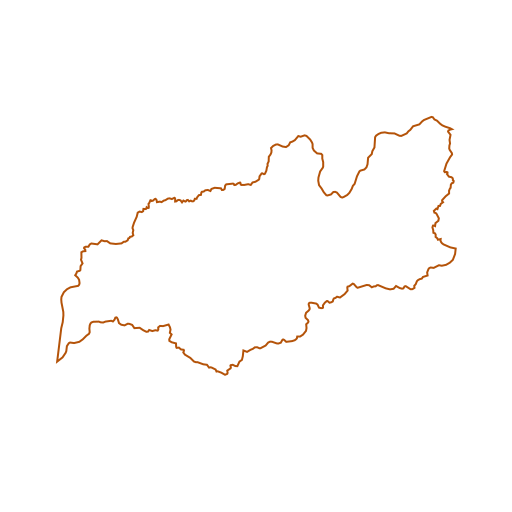 the district of Marquetalia, Caldas, Colombia, rotated 352°
{"feature_id": "7082276B4972068249253", "entity_name": "Marquetalia", "entity_type": "district", "adm_level": 2, "iso_a3": "COL", "parent_name": "Colombia", "parent_adm1": "Caldas", "projection": "robinson", "projection_center": [-75.04, 5.308], "detail": "fine", "context": "isolated", "style": "outline", "palette": "amber", "viewbox_px": 512, "rotation_deg": 352, "n_neighbors": 0, "source": "geoboundaries", "source_scale": "gbopen_adm2", "svg_char_len": 6110}
<svg xmlns="http://www.w3.org/2000/svg" viewBox="0 0 512 512"><g transform="rotate(352 256 256)"><path d="M222.2,362.5L224.9,358.3L227.6,356.9L229.0,353.4L230.4,347.8L233.8,349.7L237.6,348.1L240.0,347.5L242.1,346.3L244.4,346.5L246.7,347.9L247.5,348.0L253.1,346.0L256.0,343.4L258.0,342.8L259.8,343.1L264.3,345.4L265.8,345.8L268.5,345.3L270.4,342.8L271.2,342.4L272.2,343.0L274.0,345.2L279.9,345.3L282.7,344.8L284.1,344.0L285.0,343.3L285.6,341.5L288.4,341.9L291.6,340.4L295.1,337.1L296.0,334.4L296.2,330.6L298.1,329.3L298.8,328.4L298.6,326.8L296.5,324.1L296.4,322.0L297.7,319.2L300.5,317.4L301.6,316.3L301.9,315.2L301.4,311.3L301.7,310.4L302.4,309.8L304.2,309.9L309.0,311.5L310.2,312.7L311.2,315.9L313.2,316.7L314.7,316.8L315.2,316.4L315.4,314.2L317.7,311.8L319.8,310.5L320.6,310.6L322.3,312.5L324.1,312.3L325.7,311.7L326.6,309.6L327.4,308.8L328.8,308.6L330.6,307.6L333.4,308.8L338.4,306.1L341.9,303.0L342.0,300.0L342.4,299.1L344.2,298.9L347.9,296.8L348.9,297.3L351.3,300.9L352.2,301.6L361.6,300.1L364.0,300.7L366.3,303.1L368.6,302.5L370.2,302.7L371.7,301.8L372.8,301.8L380.0,306.1L384.1,307.7L387.7,307.6L390.5,305.2L393.8,307.7L396.1,308.7L397.4,308.6L398.9,306.8L400.1,306.7L404.4,310.4L406.3,310.6L408.5,309.6L408.6,307.5L410.2,306.2L411.8,303.4L412.9,302.5L414.9,301.7L417.0,301.5L418.4,300.0L423.2,299.2L423.2,296.1L425.0,292.9L425.9,292.1L427.4,291.7L430.3,292.5L435.9,290.6L438.6,291.5L443.0,291.2L447.0,289.6L450.4,287.2L453.4,281.8L454.8,276.4L449.6,274.5L443.3,270.6L441.9,269.2L441.2,267.9L440.8,266.4L441.2,264.9L438.4,265.2L438.0,263.7L436.5,262.1L436.9,259.9L436.4,258.5L434.9,257.7L435.1,255.1L434.7,252.2L435.5,250.5L436.4,250.6L437.5,251.3L438.3,248.4L441.5,246.5L442.3,244.1L440.7,239.5L439.9,238.4L438.7,237.9L438.4,236.1L441.2,234.1L442.2,234.8L443.7,231.8L445.2,232.0L446.2,230.1L448.7,228.8L447.9,227.4L448.1,226.6L452.2,223.2L455.9,221.0L456.3,218.1L457.5,216.1L458.2,215.6L458.9,212.5L460.0,211.2L461.5,210.9L462.0,210.0L462.2,209.2L461.5,208.3L461.7,207.3L461.4,206.0L460.4,205.1L458.1,204.3L456.5,201.4L457.3,200.4L457.2,199.7L456.3,199.3L454.6,199.3L454.1,198.2L457.5,191.0L462.0,185.1L464.3,182.8L464.3,181.4L462.6,177.9L462.3,176.5L462.9,173.5L463.8,171.6L463.8,168.0L465.5,163.1L463.5,159.6L464.0,158.5L465.7,157.9L467.6,157.7L466.0,156.5L461.3,154.2L458.6,152.5L456.7,150.6L454.1,147.2L451.7,145.6L450.4,143.2L449.1,142.7L441.3,144.7L439.3,145.8L436.1,148.4L429.6,149.4L426.3,152.6L424.3,153.7L422.3,155.6L416.6,157.3L414.8,156.9L410.2,153.9L404.6,152.9L400.8,151.5L397.1,151.4L394.3,152.2L391.7,153.5L390.5,154.9L388.4,165.0L385.8,168.4L384.8,171.2L380.7,174.3L379.2,180.7L377.7,183.6L375.4,185.4L371.2,186.0L370.2,186.6L367.1,191.1L363.7,198.3L361.7,200.0L360.1,202.9L357.2,206.5L354.8,208.3L351.0,209.8L349.5,210.1L348.0,209.3L345.0,204.5L343.4,203.5L341.5,203.4L338.8,205.5L335.1,206.0L334.1,205.6L332.0,202.3L330.3,198.2L328.3,194.6L328.1,190.1L328.8,186.9L331.3,181.2L334.5,177.8L335.0,176.7L335.6,172.4L335.2,168.8L335.7,165.3L334.8,163.9L330.8,162.9L328.0,159.6L327.1,156.8L327.6,153.1L327.3,151.5L325.9,148.3L322.7,144.1L320.9,143.3L316.8,144.1L314.6,143.1L310.6,146.7L307.9,147.8L305.7,148.2L303.8,150.9L300.9,152.3L297.6,151.3L293.1,148.5L291.2,148.4L288.3,149.4L285.9,151.2L286.1,153.6L285.6,155.7L284.5,157.5L282.5,159.5L281.7,164.1L280.2,166.4L280.1,168.3L279.2,169.6L278.1,173.0L276.3,175.8L275.3,176.1L273.7,175.0L273.1,175.0L270.6,177.6L269.9,180.2L269.4,180.8L265.8,182.4L262.8,182.7L260.7,184.9L258.3,183.8L254.4,184.0L251.4,183.6L250.8,183.1L250.8,181.6L250.4,181.0L247.9,181.6L245.9,182.7L244.8,182.8L244.3,182.6L244.0,181.5L243.3,181.1L236.5,180.9L235.3,181.9L234.3,185.2L232.9,186.0L231.4,185.9L230.7,184.1L224.6,182.7L221.2,183.4L219.9,185.3L217.5,183.9L214.9,183.9L213.2,184.9L211.3,184.9L210.7,185.6L210.0,187.8L207.9,187.8L205.8,189.8L205.1,191.1L203.4,190.8L202.5,192.5L201.3,193.1L200.3,193.0L199.1,192.1L197.4,192.6L196.3,191.0L195.2,191.1L194.3,192.1L193.6,192.3L191.8,191.0L190.2,192.6L189.0,190.4L187.5,189.7L186.3,189.8L184.7,190.8L183.5,190.8L183.9,188.4L183.7,187.3L183.3,187.0L180.6,187.9L178.5,186.9L176.7,186.9L174.1,188.1L172.4,188.3L170.0,189.5L168.4,188.8L165.4,188.9L165.3,186.7L164.5,185.4L163.7,185.5L161.6,186.9L160.2,187.0L159.6,186.1L159.2,186.1L157.7,188.6L156.8,189.4L156.7,192.5L156.4,193.4L155.6,193.5L154.5,192.5L153.9,193.8L153.4,194.2L151.1,193.7L150.5,195.9L149.0,196.6L146.9,195.8L144.9,196.6L143.3,200.6L139.9,206.0L137.8,210.3L137.6,211.4L138.1,213.3L137.1,216.0L137.4,218.4L135.7,219.4L133.9,219.5L133.1,220.6L132.0,220.8L131.1,222.6L128.6,223.7L127.0,223.5L124.6,224.8L118.9,224.6L113.4,223.2L110.5,220.5L108.1,220.3L105.2,219.0L100.7,222.4L94.7,220.7L93.0,221.4L91.3,223.5L88.6,223.1L87.1,223.6L86.8,224.2L87.8,226.1L87.7,227.4L85.4,227.3L83.6,228.0L82.9,233.6L82.2,235.3L83.2,239.2L80.9,241.6L80.1,245.5L79.4,246.1L76.6,246.5L75.6,248.4L74.3,249.9L76.5,252.6L77.5,254.9L77.5,258.3L76.9,259.8L75.8,260.8L67.9,261.2L64.2,262.6L60.7,265.1L57.7,269.4L57.1,271.9L56.9,275.1L57.4,284.6L57.0,288.1L55.4,294.6L53.1,300.4L44.4,332.9L50.3,329.5L54.0,325.4L54.9,323.8L56.2,318.9L58.5,316.3L59.8,315.8L63.7,316.9L69.1,316.4L72.9,314.4L77.0,311.3L79.8,309.8L80.7,308.3L80.9,304.7L81.7,301.5L82.7,299.8L83.8,298.9L85.9,298.5L91.2,299.1L93.0,300.1L95.4,300.6L97.8,300.0L103.6,300.0L105.2,300.9L107.1,299.3L108.1,297.5L109.1,297.3L109.7,297.7L110.4,299.6L111.0,303.4L113.0,305.3L116.2,306.4L119.6,305.2L121.2,305.6L123.8,307.0L125.5,310.5L130.8,310.9L134.0,313.8L136.9,315.8L138.6,315.8L139.9,314.4L142.9,315.9L146.0,315.5L148.2,316.2L149.0,315.3L149.2,313.1L151.2,311.9L154.2,312.5L159.9,311.7L160.9,314.7L161.1,317.0L160.0,320.1L161.5,321.9L158.5,326.4L158.4,328.0L160.5,329.7L164.6,331.4L164.3,334.9L164.6,335.9L166.9,336.0L168.7,338.1L171.3,338.8L171.5,339.7L170.6,341.4L171.9,343.8L176.8,347.8L179.9,351.9L181.7,352.8L183.3,353.0L188.7,355.9L192.3,356.9L194.0,360.0L195.6,359.9L196.7,360.4L200.2,362.8L200.8,364.9L201.9,364.8L205.4,366.7L208.8,369.3L211.1,368.7L211.6,367.8L211.6,365.5L215.2,363.7L215.6,362.8L215.4,361.0L215.7,360.6L217.8,360.5L220.2,362.1L222.2,362.5Z" fill="none" stroke="#b45309" stroke-width="2"/></g></svg>